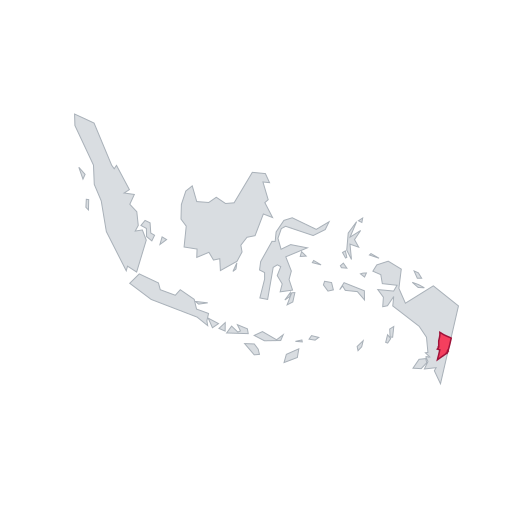 Boven Digoel, Papua, Indonesia (highlighted), rotated 13°
{"feature_id": "22746128B21273779065212", "entity_name": "Boven Digoel", "entity_type": "district", "adm_level": 2, "iso_a3": "IDN", "parent_name": "Indonesia", "parent_adm1": "Papua", "projection": "equal_earth", "projection_center": [140.719, -6.154], "detail": "fine", "context": "in_parent", "style": "filled", "palette": "rose", "viewbox_px": 512, "rotation_deg": 13, "n_neighbors": 0, "source": "geoboundaries", "source_scale": "gbopen_adm2", "svg_char_len": 5121}
<svg xmlns="http://www.w3.org/2000/svg" viewBox="0 0 512 512"><g transform="rotate(13 256 256)"><path d="M178.1,202.0L186.0,216.3L197.9,214.5L204.1,207.7L214.5,211.7L222.7,209.1L233.6,175.3L246.6,173.6L252.7,181.5L246.1,182.3L255.2,198.4L252.6,202.0L263.5,214.8L253.7,213.4L250.5,236.4L243.0,239.8L238.8,248.9L241.5,255.2L238.7,265.4L224.6,278.2L221.3,266.8L215.5,269.5L209.3,263.0L198.6,270.7L197.0,262.5L183.9,263.4L181.3,242.6L174.6,236.9L171.7,222.6L173.0,208.5L178.1,202.0ZM47.3,158.5L68.3,162.9L94.9,200.0L98.2,202.9L99.7,199.1L117.7,219.8L113.3,224.3L123.6,223.4L121.4,234.0L129.9,239.7L134.4,252.7L132.7,258.9L139.4,256.2L145.5,265.2L143.3,298.5L133.1,294.8L132.9,299.6L104.7,265.9L92.8,237.1L82.3,222.6L77.2,204.0L50.2,169.6L47.3,158.5ZM464.5,259.1L464.5,339.0L455.6,327.7L456.6,324.3L445.5,328.2L447.3,320.2L444.2,316.1L445.2,315.5L447.0,315.8L448.1,315.3L442.8,312.2L445.2,311.3L440.4,296.8L430.8,287.8L400.5,273.9L399.3,264.5L395.3,274.9L390.9,276.9L389.4,267.5L382.2,261.3L398.0,259.2L400.0,252.8L385.3,254.5L381.8,246.1L373.3,244.5L375.7,237.5L386.0,231.3L400.5,236.1L402.5,255.4L412.2,268.4L435.5,245.2L464.5,259.1ZM317.5,214.7L307.1,223.2L278.1,220.4L274.5,223.6L273.4,233.8L278.9,243.8L287.2,237.1L304.2,236.5L285.2,250.1L293.8,262.7L293.5,271.5L299.3,281.0L287.6,285.5L287.8,277.3L281.1,270.3L282.5,260.8L278.8,259.8L275.3,263.2L277.1,295.7L269.2,296.0L269.6,276.6L268.1,270.2L262.6,268.8L261.8,260.4L268.3,238.1L271.4,237.5L270.2,228.0L275.2,215.0L282.7,210.6L308.7,216.5L319.5,206.2L317.5,214.7ZM146.3,299.7L167.0,304.2L170.3,310.4L186.2,312.4L189.8,305.9L205.5,312.1L210.0,321.1L222.7,322.7L222.7,330.2L224.6,334.7L212.4,328.8L163.6,321.9L139.1,311.0L146.3,299.7ZM343.4,216.5L352.2,207.6L348.3,217.9L354.1,224.3L344.9,223.3L349.8,237.9L343.1,229.9L340.7,212.9L346.3,199.9L343.4,216.5ZM347.8,262.2L369.4,265.5L371.6,274.4L362.8,267.9L350.7,269.4L347.2,265.8L345.1,270.0L347.8,262.2ZM299.1,332.8L283.3,336.7L272.1,333.8L279.3,328.2L294.9,333.0L300.2,326.6L299.1,332.8ZM253.3,327.1L264.0,328.9L265.9,333.4L244.7,337.6L248.0,329.8L255.4,334.2L257.7,332.5L253.3,327.1ZM318.6,336.8L319.1,345.6L307.3,353.5L307.7,345.0L318.6,336.8ZM145.3,247.5L148.3,257.3L152.5,258.6L151.1,264.7L145.0,261.7L143.0,253.8L137.0,252.1L139.9,246.3L145.3,247.5ZM442.3,328.6L434.2,330.0L438.1,320.0L444.4,317.8L446.4,321.5L442.3,328.6ZM274.1,342.1L279.1,346.3L281.5,351.1L276.5,352.7L264.6,343.9L274.1,342.1ZM335.6,264.9L339.0,271.6L334.0,274.0L328.2,269.0L328.5,265.2L335.6,264.9ZM223.4,327.3L234.7,330.3L229.7,335.7L223.4,327.3ZM241.0,327.8L242.8,336.1L236.2,334.9L241.0,327.8ZM165.2,260.1L159.8,266.4L160.2,258.5L165.2,260.1ZM406.1,293.7L407.4,304.4L404.9,304.8L402.7,297.1L406.1,293.7ZM219.5,312.5L210.9,315.8L207.2,313.9L219.5,312.5ZM302.1,282.9L302.2,292.5L297.3,296.6L299.1,283.8L302.1,282.9ZM63.4,209.4L71.1,214.9L70.1,220.0L63.4,209.4ZM82.4,248.8L79.3,246.8L77.9,238.9L80.3,238.7L82.4,248.8ZM376.7,325.3L374.9,321.4L379.5,314.4L379.4,320.7L376.7,325.3ZM367.5,227.8L376.4,230.5L366.3,229.5L367.5,227.8ZM313.2,247.4L321.4,250.0L312.4,249.8L313.2,247.4ZM298.3,287.6L294.0,292.4L297.7,283.8L298.3,287.6ZM413.4,235.0L418.0,235.9L422.4,240.4L418.2,241.4L413.4,235.0ZM335.5,321.2L332.5,324.7L326.4,325.1L328.0,321.1L335.5,321.2ZM405.8,306.2L403.9,311.2L401.8,311.0L401.9,303.1L405.8,306.2ZM347.3,247.4L341.9,248.2L340.4,246.5L342.7,243.3L347.3,247.4ZM414.2,246.5L420.8,247.3L427.2,249.1L421.1,250.2L414.2,246.5ZM299.4,241.5L304.9,244.8L299.2,246.5L299.4,241.5ZM351.6,199.5L347.9,198.6L351.4,195.0L351.6,199.5ZM313.6,330.3L319.6,327.5L320.4,329.3L313.6,330.3ZM367.4,247.7L366.5,252.1L361.8,249.9L364.1,248.6L367.4,247.7ZM239.4,273.2L237.0,276.2L238.9,267.0L239.4,273.2ZM341.9,230.9L344.8,236.9L343.7,237.8L339.5,233.1L341.9,230.9Z" fill="#d9dde1" stroke="#a8b0b8" stroke-width="1"/><path d="M463.3,308.3L463.2,308.3L463.2,308.2L463.3,308.2L463.5,308.2L463.8,308.0L463.8,307.9L463.9,307.7L463.8,307.8L463.7,307.8L463.6,307.7L463.8,307.6L464.0,307.6L464.0,307.4L464.0,307.2L463.9,307.1L463.9,306.9L464.0,306.9L464.3,306.8L464.3,306.7L464.2,306.7L464.0,306.4L464.1,306.2L463.9,306.1L463.9,305.9L464.0,305.9L464.1,306.0L464.3,306.0L464.3,305.9L464.2,305.9L464.2,305.7L464.3,305.7L464.5,305.6L464.4,305.4L464.3,305.5L464.2,305.5L464.1,305.4L464.3,305.3L464.5,305.2L464.4,305.1L464.4,304.9L464.3,304.7L464.5,304.7L464.7,299.2L464.7,298.3L464.7,298.1L464.7,297.1L464.7,296.4L464.7,295.9L464.7,295.7L464.7,295.2L464.7,294.6L464.7,292.1L463.9,291.9L463.1,291.7L462.5,291.6L462.2,291.6L461.9,291.5L461.7,291.5L460.2,291.2L459.1,291.0L458.7,290.9L458.3,290.8L457.7,290.7L457.3,290.6L456.9,290.5L456.5,290.4L454.7,289.8L454.4,289.7L453.8,289.5L453.7,289.4L452.3,289.0L452.9,291.3L453.1,293.8L453.1,294.1L453.1,296.1L453.1,296.8L453.1,297.3L453.2,298.0L453.8,300.6L454.3,302.8L454.4,303.1L454.2,303.1L454.0,303.3L454.0,303.5L454.0,303.9L454.1,304.0L454.3,304.2L454.3,304.3L454.2,304.5L454.2,304.8L454.1,305.0L453.9,305.3L453.8,305.5L453.6,305.9L456.2,306.1L456.2,307.7L456.2,309.0L456.2,311.8L456.1,314.8L456.1,316.3L460.4,311.5L460.5,311.5L460.7,311.2L463.3,308.3L463.3,308.3Z" fill="#f43f5e" stroke="#9f1239" stroke-width="1.5"/></g></svg>